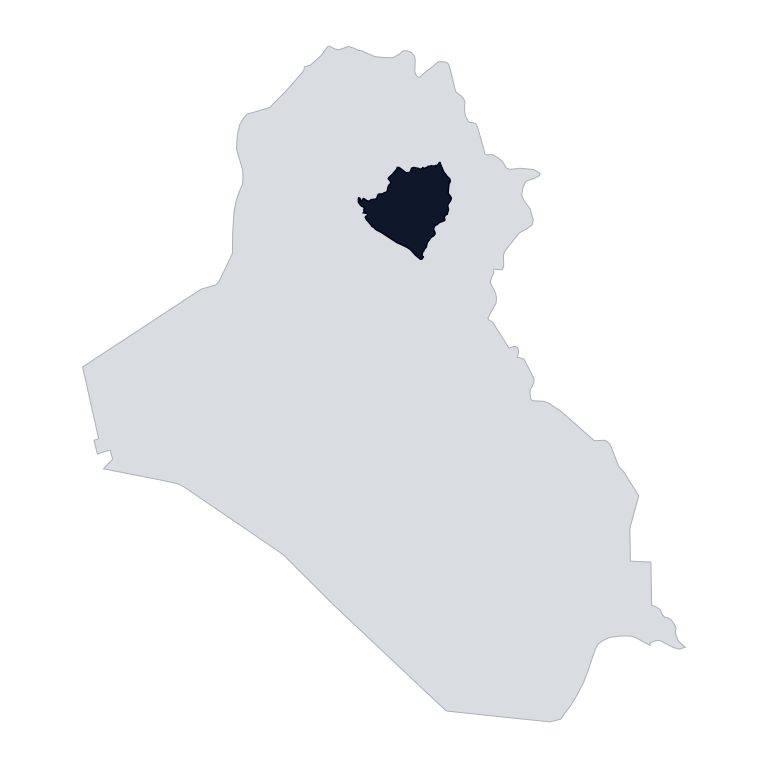 where At-Ta'mim sits in Iraq
{"feature_id": "IRQ-3049", "entity_name": "At-Ta'mim", "entity_type": "Province", "adm_level": 1, "iso_a3": "IRQ", "parent_name": "Iraq", "parent_adm1": "", "projection": "equal_earth", "projection_center": [44.125, 35.305], "detail": "fine", "context": "in_parent", "style": "filled", "palette": "ink", "viewbox_px": 768, "rotation_deg": 0, "n_neighbors": 0, "source": "natural_earth", "source_scale": "10m", "svg_char_len": 6105}
<svg xmlns="http://www.w3.org/2000/svg" viewBox="0 0 768 768"><path d="M304.3,66.9L310.1,65.3L320.9,55.8L327.3,46.9L329.3,46.1L335.0,49.0L339.0,49.8L348.4,46.4L353.9,48.2L358.6,50.5L361.2,50.6L373.7,56.2L376.8,56.8L383.3,57.5L392.9,57.8L399.1,54.2L403.5,50.7L406.6,50.8L409.6,51.6L412.1,53.1L414.2,55.7L415.2,59.5L414.8,71.4L415.8,74.6L417.5,76.9L419.6,77.3L422.3,74.7L426.8,70.9L432.5,66.8L436.7,63.0L439.1,61.6L442.9,61.8L446.6,62.4L448.6,64.2L448.6,64.8L450.6,70.5L455.6,91.5L458.5,94.1L461.7,96.4L464.0,99.5L464.9,102.6L464.6,107.5L464.8,113.2L466.1,117.5L468.0,120.8L469.7,122.5L472.3,122.6L475.4,123.4L477.5,126.7L484.2,150.8L484.9,153.9L487.6,154.9L492.2,154.5L496.9,157.0L502.0,160.9L506.8,168.2L510.0,169.4L520.0,168.3L533.6,169.5L540.1,173.3L539.4,175.6L534.5,178.2L525.9,181.3L523.3,186.5L521.9,193.2L522.2,197.0L524.4,201.2L530.6,209.5L531.0,212.5L532.1,216.6L533.3,219.5L532.1,225.0L526.5,228.9L519.2,233.0L504.6,251.5L503.5,255.5L503.7,266.5L502.2,269.6L497.6,269.6L493.9,269.0L493.7,272.9L491.4,278.0L490.1,282.4L495.6,293.0L496.6,298.6L495.8,303.7L490.8,312.5L487.8,318.4L488.6,319.7L492.5,322.1L504.9,341.4L508.9,348.2L514.0,346.4L516.0,346.6L517.5,347.7L518.4,350.0L518.5,352.9L517.2,357.2L523.8,359.0L526.2,363.4L534.0,378.6L533.8,383.1L530.1,390.2L530.1,395.0L530.9,399.2L532.2,400.7L543.5,401.3L548.4,403.0L560.3,410.8L573.9,422.7L585.0,432.5L594.5,440.8L604.5,440.2L607.3,441.7L609.9,444.3L612.9,451.2L618.8,466.7L623.8,471.8L631.5,484.3L638.8,495.9L634.3,511.8L629.9,528.3L630.2,549.6L630.3,561.1L640.1,561.6L650.9,562.1L651.1,575.9L651.4,589.7L651.7,605.5L654.9,606.1L660.0,609.5L662.3,614.6L665.0,617.4L668.3,617.9L671.6,620.4L674.8,625.0L676.1,628.4L675.2,630.8L676.0,634.9L678.3,640.9L681.1,643.7L685.4,647.2L679.6,649.1L673.4,647.6L660.1,640.6L655.8,640.5L650.2,643.1L650.0,645.5L635.9,637.7L630.9,636.1L629.0,636.0L621.0,636.0L609.6,637.4L602.9,640.6L598.3,644.0L596.2,647.2L595.5,649.0L592.0,658.7L587.9,671.2L583.6,682.5L575.2,698.3L570.6,705.6L560.5,719.2L549.6,721.9L524.2,719.2L496.0,716.3L468.0,713.3L447.2,711.1L445.6,710.4L424.9,691.0L408.6,675.7L388.4,656.6L367.7,637.1L346.7,617.3L331.6,603.0L313.2,584.6L296.4,567.9L283.3,554.7L266.4,543.1L253.2,534.1L234.0,521.0L218.6,510.5L205.5,501.6L185.4,487.8L178.7,484.0L157.7,479.4L137.8,475.6L117.2,471.5L103.5,468.8L112.7,459.1L110.1,450.3L103.5,451.9L97.4,454.0L94.0,440.3L98.7,438.7L94.7,420.9L90.6,402.6L86.7,385.0L82.6,367.0L100.2,355.4L113.3,346.8L131.6,334.8L149.3,323.2L166.0,312.2L184.5,300.0L201.0,289.2L216.0,284.8L219.2,281.3L226.2,266.5L232.2,253.9L232.5,251.0L232.7,233.1L234.0,212.1L236.0,201.0L239.5,191.1L242.6,183.9L243.0,177.2L242.7,170.3L239.7,160.0L236.5,149.3L237.0,138.9L237.7,133.4L239.8,124.5L243.4,118.1L247.2,114.1L261.3,110.0L269.7,107.5L280.9,96.1L287.6,89.3L296.9,78.6L303.7,70.7L304.3,68.0L304.3,66.9Z" fill="#d9dde1" stroke="#a8b0b8" stroke-width="1"/><path d="M440.6,164.3L443.9,172.2L445.5,174.0L446.8,176.0L449.6,178.7L450.2,180.3L450.2,181.6L449.2,183.6L449.0,184.4L448.8,186.5L448.6,187.4L448.4,190.3L448.2,192.6L448.3,193.4L448.8,194.2L450.1,195.8L451.2,197.5L451.3,198.4L451.0,199.5L450.4,200.9L448.2,204.1L447.7,205.7L447.9,206.9L448.3,208.2L448.5,209.4L448.3,210.7L447.6,212.4L447.4,213.5L447.3,214.0L447.1,214.3L446.6,214.5L446.1,214.8L445.3,215.4L444.7,216.4L444.5,217.1L444.4,217.8L444.5,218.4L444.9,219.5L444.8,220.2L444.1,220.8L439.4,222.5L436.7,224.9L436.0,225.0L435.6,225.1L435.2,225.5L434.6,226.3L434.1,227.1L433.8,228.5L433.8,229.7L435.1,232.8L435.0,234.0L434.4,235.0L432.8,236.4L431.8,236.9L431.1,237.4L430.6,237.9L429.3,240.0L428.0,241.4L427.1,243.0L427.0,243.7L427.0,243.8L426.9,244.0L427.0,244.2L426.9,244.5L426.7,244.8L426.5,245.5L426.4,245.8L426.5,246.1L426.5,246.4L426.2,246.9L426.1,247.1L426.1,247.3L426.0,247.5L425.8,247.8L425.1,248.2L424.1,249.7L423.9,250.5L423.7,251.0L423.4,251.5L422.6,252.2L422.4,252.5L422.3,252.8L422.4,253.6L422.3,254.0L422.1,254.9L422.2,255.3L422.4,255.8L422.4,256.0L422.3,256.3L422.3,256.5L422.7,256.8L423.3,256.8L423.3,257.0L423.1,257.5L421.7,259.3L420.8,259.3L420.2,259.1L415.5,255.2L410.5,249.6L406.8,247.2L401.6,244.7L397.4,242.9L393.4,240.3L381.3,232.4L376.6,230.0L375.2,229.0L374.6,228.1L373.5,227.2L371.9,226.4L371.1,225.1L367.2,220.4L366.7,220.1L366.1,219.1L365.6,218.1L365.3,217.4L365.6,216.5L366.2,216.1L366.9,215.9L367.4,215.5L367.6,214.0L366.4,213.3L363.3,212.8L363.7,212.2L363.9,211.8L364.1,210.6L364.0,210.2L363.8,210.0L363.7,209.7L363.9,209.2L364.1,209.0L364.3,208.9L364.5,208.8L364.5,208.6L364.2,207.6L363.3,206.9L361.6,206.2L360.9,205.5L359.4,203.7L359.1,203.1L359.0,202.9L358.7,202.7L358.4,202.2L358.3,201.5L358.4,200.7L358.5,200.2L358.6,199.8L358.3,199.0L358.7,197.8L359.6,198.2L359.9,198.3L360.0,198.6L360.1,198.9L360.1,199.1L360.4,199.6L360.4,199.9L360.4,200.3L360.8,200.9L361.1,201.0L361.7,201.0L362.7,199.2L363.8,198.5L366.5,200.4L367.1,200.7L368.4,201.1L369.0,201.1L369.6,201.0L370.8,199.8L371.8,199.5L374.4,199.3L375.5,199.1L376.5,198.5L377.0,197.6L377.7,195.3L378.3,194.4L379.1,194.0L380.5,194.0L382.5,193.9L384.5,192.6L385.8,192.4L386.4,192.2L387.0,191.3L387.7,188.9L388.0,186.9L388.4,186.0L389.3,184.7L390.1,184.0L390.6,183.2L390.7,182.3L390.4,181.6L390.1,180.9L388.7,179.3L388.3,178.9L388.3,178.4L388.7,177.7L392.4,174.3L396.7,169.2L397.3,167.5L398.3,167.3L399.6,167.8L406.0,172.7L408.3,172.6L409.6,172.4L410.1,172.0L410.7,170.8L411.5,168.3L412.9,167.7L413.9,167.5L417.3,168.2L418.6,168.4L419.7,169.1L420.1,169.2L420.6,169.1L421.2,169.0L422.0,168.4L422.4,168.1L422.7,167.6L422.9,167.6L423.6,168.0L424.0,168.1L425.0,168.3L425.4,168.5L425.6,168.4L425.9,167.7L426.1,167.6L427.2,167.1L427.6,166.8L427.8,166.5L428.2,166.3L428.6,166.3L429.4,166.4L429.9,166.4L431.2,165.6L432.5,166.0L432.8,166.3L433.1,166.3L433.6,166.0L434.0,165.9L434.4,166.0L434.7,166.3L435.1,166.9L435.3,167.1L435.5,167.1L435.6,166.7L435.6,166.4L435.5,166.2L435.5,165.9L435.5,165.6L435.7,165.4L436.0,165.4L436.6,165.8L436.9,165.9L437.2,165.5L437.4,165.2L437.8,164.8L438.3,164.3L438.5,163.9L438.7,163.3L438.9,163.0L439.2,162.8L439.8,162.5L440.0,162.5L440.2,162.8L440.2,163.6L440.6,164.3Z" fill="#0f172a" stroke="#020617" stroke-width="1.5"/></svg>